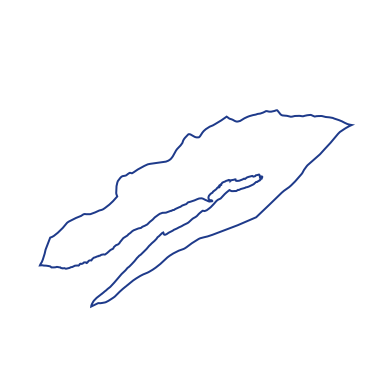 outline of Tálknafjarðarhreppur, Vestfirðir, Iceland, rotated 310°
{"feature_id": "244011B74336956547693", "entity_name": "Tálknafjarðarhreppur", "entity_type": "district", "adm_level": 2, "iso_a3": "ISL", "parent_name": "Iceland", "parent_adm1": "Vestfirðir", "projection": "robinson", "projection_center": [-23.889, 65.645], "detail": "fine", "context": "isolated", "style": "outline", "palette": "blue", "viewbox_px": 384, "rotation_deg": 310, "n_neighbors": 0, "source": "geoboundaries", "source_scale": "gbopen_adm2", "svg_char_len": 6016}
<svg xmlns="http://www.w3.org/2000/svg" viewBox="0 0 384 384"><g transform="rotate(310 192 192)"><path d="M39.5,188.4L46.2,191.4L46.7,191.7L47.9,193.3L49.5,194.7L51.3,196.2L52.2,196.8L54.8,197.9L57.3,198.7L60.6,199.7L62.3,200.1L69.1,200.7L73.4,201.3L86.4,203.8L89.9,204.8L94.4,206.3L97.5,207.6L101.7,209.8L103.4,210.5L107.1,211.8L110.7,212.8L116.5,214.0L126.0,215.2L129.0,215.9L133.0,217.2L136.5,218.7L138.6,219.6L143.0,222.2L144.2,222.7L146.2,223.3L152.6,224.8L160.3,227.3L161.8,228.0L164.9,230.2L168.0,232.5L172.4,235.2L196.0,248.4L213.9,257.4L231.7,259.4L249.2,261.2L252.1,261.7L258.2,263.3L260.8,263.7L266.4,264.2L276.2,264.4L277.6,264.3L280.9,263.6L285.2,263.3L286.8,263.3L303.1,265.8L310.9,266.1L318.6,266.5L330.5,266.5L333.0,266.7L338.5,268.3L340.3,268.9L343.9,270.3L346.0,271.3L345.0,269.6L344.0,267.5L343.2,264.6L342.5,261.4L341.5,258.3L339.7,253.8L339.2,252.2L337.6,249.4L335.4,246.2L333.8,242.9L333.2,242.0L331.9,240.6L330.4,238.9L328.7,237.5L328.3,236.4L327.6,233.9L327.3,233.3L324.8,230.9L323.0,229.5L321.4,228.4L320.8,227.6L319.6,225.6L317.4,223.1L316.3,221.9L313.9,220.1L313.1,219.2L311.4,215.8L308.9,212.2L308.5,211.2L308.4,209.9L309.3,205.4L309.3,204.6L308.7,204.0L307.0,203.0L304.3,200.9L303.2,199.6L302.1,197.4L301.5,196.7L298.7,195.5L296.0,193.9L294.0,192.1L292.3,191.1L290.1,189.3L287.0,187.2L285.2,186.2L282.2,184.8L277.4,183.2L275.3,181.7L274.5,180.7L273.9,179.0L273.6,177.2L273.3,176.1L272.8,174.8L272.3,173.7L272.2,173.0L272.2,172.5L272.0,170.1L265.7,168.4L258.7,166.0L256.3,165.1L253.5,163.6L249.0,162.2L246.3,161.8L244.2,161.8L240.1,162.3L239.1,162.3L238.3,162.1L237.0,160.7L236.5,159.9L236.0,158.7L235.1,153.8L234.7,153.0L234.1,152.3L233.7,152.1L229.0,151.8L227.2,151.9L225.7,152.2L223.4,153.1L222.1,153.2L220.4,153.3L215.4,153.0L213.6,153.1L206.9,154.4L205.1,154.5L203.7,154.5L202.2,154.2L200.7,153.7L198.5,152.5L186.4,141.6L184.7,140.3L181.3,138.7L174.4,136.0L169.8,134.7L168.0,134.1L167.7,133.9L167.0,132.4L166.5,131.9L164.5,131.3L162.5,130.9L161.5,130.3L159.6,128.7L158.8,128.3L158.0,128.1L156.5,128.0L152.7,128.2L151.3,128.7L148.0,130.4L142.5,134.6L141.8,135.4L140.5,137.6L134.2,137.4L129.2,136.8L124.1,135.7L121.9,135.1L121.0,134.7L120.1,134.2L118.3,132.9L114.1,130.9L109.7,128.4L107.1,125.4L106.2,124.0L105.1,123.2L102.4,122.4L97.5,119.8L90.3,116.7L88.6,116.2L87.7,116.1L81.4,116.1L74.5,115.4L69.6,114.4L67.7,113.7L65.9,112.7L53.7,116.9L50.0,118.8L44.5,121.1L42.1,121.9L39.0,122.4L38.0,122.7L39.6,124.3L40.2,125.5L41.8,127.6L43.2,129.9L43.9,131.3L43.9,132.8L45.6,134.8L46.8,136.0L47.5,136.4L47.9,136.8L48.7,138.2L49.0,138.8L49.6,139.6L49.6,140.7L50.2,141.5L50.4,142.1L51.1,142.7L51.7,143.3L52.0,144.4L52.6,145.1L54.6,146.6L55.2,147.0L56.6,147.6L57.6,148.5L60.3,149.7L62.0,151.4L62.7,152.4L63.5,152.6L64.5,152.4L65.2,152.6L65.5,152.8L65.8,153.5L66.5,154.0L67.1,154.3L68.4,154.5L68.7,154.6L70.1,156.3L70.2,156.6L69.8,156.7L69.8,156.9L70.1,157.1L71.1,157.2L72.7,157.1L73.1,157.2L74.2,157.9L74.9,158.9L76.6,158.7L78.5,159.0L79.7,159.8L81.9,160.9L82.6,161.4L82.8,161.7L83.5,161.8L84.0,162.4L85.6,162.9L87.3,164.3L88.0,165.4L88.3,165.6L90.7,166.2L94.9,166.8L96.4,167.3L97.2,167.8L98.2,168.0L99.0,167.7L99.9,167.6L101.8,167.9L102.7,168.1L103.8,168.8L104.6,169.1L106.1,169.3L107.1,169.1L112.5,169.0L117.2,170.5L118.7,170.5L121.0,171.1L123.4,171.4L125.1,171.9L126.2,172.5L129.7,174.4L131.4,175.8L132.0,176.1L133.4,176.3L135.7,177.5L138.4,178.6L141.9,178.9L145.5,179.6L148.6,179.8L153.1,180.9L154.7,181.4L157.1,182.8L159.4,185.3L163.8,187.8L164.4,188.4L165.5,188.7L166.8,189.8L168.1,190.1L172.3,192.1L173.3,192.7L175.3,193.2L178.3,194.9L178.7,195.2L179.2,195.4L181.4,195.6L182.1,196.0L183.3,196.9L187.2,199.3L189.8,200.6L191.4,201.5L192.2,202.2L193.4,203.5L194.0,204.9L194.6,207.6L195.0,208.7L195.2,209.6L195.6,210.9L195.9,211.5L197.8,213.3L198.1,213.3L198.3,212.6L198.0,211.9L197.3,211.2L197.2,210.4L197.4,209.3L197.7,208.8L198.5,208.0L200.0,207.4L202.1,207.4L203.3,207.6L204.6,208.1L205.8,207.9L209.8,208.8L211.4,208.7L211.7,208.9L212.3,208.9L212.8,209.7L213.1,209.8L213.2,209.7L212.9,209.6L212.4,208.8L212.7,209.0L214.5,208.8L214.8,209.4L213.9,209.5L214.0,209.7L215.3,209.4L215.6,209.0L216.4,209.2L215.9,209.7L216.1,209.8L216.6,209.2L217.7,209.4L218.6,209.2L220.1,209.9L221.1,210.5L222.7,211.1L223.3,211.6L224.3,212.1L224.2,212.3L224.7,212.9L225.1,212.9L225.6,213.8L225.2,214.2L225.5,214.2L225.8,214.5L226.2,214.6L226.5,214.7L228.3,216.2L228.9,216.5L229.6,217.2L228.9,218.2L229.0,218.4L229.1,218.9L229.4,219.1L229.8,219.8L231.1,221.0L234.2,222.7L235.5,223.2L235.8,223.4L236.0,224.2L238.6,224.8L240.2,225.8L243.0,227.8L243.1,228.0L243.1,228.8L243.2,229.1L244.0,229.6L244.2,229.9L244.8,230.2L245.8,230.2L246.8,231.0L248.4,232.1L248.5,232.3L248.4,232.7L248.0,233.2L248.0,233.6L247.5,233.9L247.4,234.4L246.9,234.7L247.1,234.9L247.6,235.3L248.8,235.5L248.8,235.9L248.5,236.0L248.4,236.3L246.9,236.8L246.1,236.2L245.3,236.2L245.1,236.5L244.1,236.4L243.7,236.0L242.4,235.6L241.8,235.6L241.3,235.2L241.2,234.9L240.9,234.7L237.5,234.2L235.2,233.2L232.4,231.9L231.0,231.0L230.2,230.3L229.0,229.8L225.7,227.5L223.9,226.7L223.3,226.2L223.2,225.9L221.3,225.3L220.2,224.2L219.9,223.7L219.1,223.0L218.2,221.9L218.0,221.3L217.6,220.3L217.7,219.6L217.4,219.4L213.7,218.7L211.4,218.4L205.4,218.1L202.8,216.9L200.9,216.5L196.4,216.4L192.4,216.1L189.9,215.6L187.5,215.0L186.0,214.2L185.4,213.8L184.6,212.3L184.1,212.1L181.0,211.5L179.5,211.3L176.8,211.2L175.1,210.8L172.5,209.8L171.0,209.5L166.5,208.9L165.4,208.6L161.4,206.8L159.1,206.0L156.4,204.7L154.1,203.8L151.3,202.4L150.0,202.1L145.8,200.3L143.6,199.7L142.3,199.1L141.7,198.6L141.5,198.0L141.5,197.5L142.3,196.5L142.5,196.0L141.2,195.5L136.9,195.1L135.2,194.7L133.4,194.9L130.4,194.7L126.5,194.1L124.7,194.0L123.4,193.8L119.2,193.8L114.8,193.4L110.9,193.0L109.2,192.5L108.4,192.5L106.1,192.3L102.1,192.4L98.1,192.2L94.5,191.9L92.4,191.4L89.2,191.4L83.9,190.8L73.0,190.7L66.8,190.4L63.5,189.7L61.2,189.4L59.5,189.0L58.1,188.8L49.6,187.0L45.6,186.7L44.1,186.9L41.7,187.4L40.3,187.9L39.5,188.4Z" fill="none" stroke="#1e3a8a" stroke-width="2"/></g></svg>